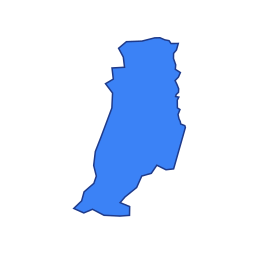 Kato Zodeia, Cyprus (Mercator projection), rotated 136°
{"feature_id": "46923920B4985084471398", "entity_name": "Kato Zodeia", "entity_type": "district", "adm_level": 2, "iso_a3": "CYP", "parent_name": "Cyprus", "parent_adm1": "", "projection": "mercator", "projection_center": [32.975, 35.159], "detail": "fine", "context": "isolated", "style": "filled", "palette": "blue", "viewbox_px": 256, "rotation_deg": 136, "n_neighbors": 0, "source": "geoboundaries", "source_scale": "gbopen_adm2", "svg_char_len": 883}
<svg xmlns="http://www.w3.org/2000/svg" viewBox="0 0 256 256"><g transform="rotate(136 128 128)"><path d="M46.2,174.3L57.7,180.9L69.2,191.2L79.4,191.9L82.1,182.3L88.3,174.1L97.8,182.3L104.6,173.4L113.4,175.5L114.8,163.9L125.7,153.6L139.9,146.8L154.2,140.0L167.8,133.8L178.7,124.9L184.2,115.4L191.0,111.9L203.9,112.6L212.0,107.8L222.9,107.8L218.8,97.6L210.0,94.2L205.9,81.9L195.0,70.3L187.6,64.1L181.4,70.3L185.5,79.8L178.0,80.5L163.1,79.2L151.5,83.9L142.7,79.2L133.1,81.2L129.7,71.6L123.6,66.9L86.4,88.5L85.5,90.2L87.3,94.3L86.0,96.2L84.9,99.3L82.6,103.0L77.8,105.2L78.5,108.2L76.2,110.6L73.2,113.8L70.0,114.9L71.9,117.6L70.0,118.6L66.9,118.6L64.3,121.0L62.5,125.4L61.2,129.4L56.4,129.6L51.8,131.5L53.2,137.3L49.8,140.3L47.0,146.4L43.4,150.0L38.9,150.5L33.1,153.9L38.4,158.9L37.8,162.3L40.3,165.9L42.3,170.7L46.2,174.3Z" fill="#3b82f6" stroke="#1e3a8a" stroke-width="1.5"/></g></svg>